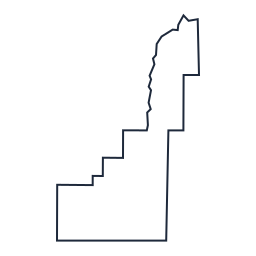 Gem, Idaho, United States of America (Natural Earth projection)
{"feature_id": "52423323B51946082922019", "entity_name": "Gem", "entity_type": "district", "adm_level": 2, "iso_a3": "USA", "parent_name": "United States of America", "parent_adm1": "Idaho", "projection": "natural_earth1", "projection_center": [-116.36, 44.159], "detail": "fine", "context": "isolated", "style": "outline", "palette": "slate", "viewbox_px": 256, "rotation_deg": 0, "n_neighbors": 0, "source": "geoboundaries", "source_scale": "gbopen_adm2", "svg_char_len": 536}
<svg xmlns="http://www.w3.org/2000/svg" viewBox="0 0 256 256"><path d="M197.7,19.2L188.6,20.8L183.5,15.4L178.3,24.8L177.7,30.1L172.7,29.6L161.6,36.5L156.7,44.0L156.0,55.0L153.0,58.5L154.4,64.3L149.6,75.7L151.1,79.4L148.7,86.7L151.0,90.2L148.6,102.7L150.7,109.1L147.2,112.5L147.9,125.2L146.8,130.4L123.1,130.3L123.0,157.9L102.9,157.7L102.8,176.0L92.7,175.9L92.7,185.1L57.2,184.8L57.0,240.6L87.5,240.6L107.8,240.6L166.2,240.6L168.4,130.4L183.4,130.4L183.6,75.0L199.0,75.0L197.7,19.2Z" fill="none" stroke="#1e293b" stroke-width="2"/></svg>